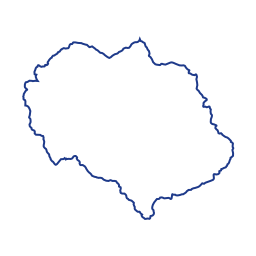 the district of Supatá, Cundinamarca, Colombia, rotated 4°
{"feature_id": "7082276B73232979228436", "entity_name": "Supatá", "entity_type": "district", "adm_level": 2, "iso_a3": "COL", "parent_name": "Colombia", "parent_adm1": "Cundinamarca", "projection": "mercator", "projection_center": [-74.247, 5.057], "detail": "fine", "context": "isolated", "style": "outline", "palette": "blue", "viewbox_px": 256, "rotation_deg": 4, "n_neighbors": 0, "source": "geoboundaries", "source_scale": "gbopen_adm2", "svg_char_len": 5769}
<svg xmlns="http://www.w3.org/2000/svg" viewBox="0 0 256 256"><g transform="rotate(4 128 128)"><path d="M58.8,169.6L59.7,168.9L63.3,163.8L65.7,163.5L66.3,163.1L66.9,162.5L67.2,162.8L67.5,162.9L67.5,163.1L67.8,163.4L68.0,163.3L68.2,163.6L68.5,163.3L68.3,163.2L68.5,163.0L68.8,163.3L70.9,162.9L73.1,162.9L74.5,162.2L75.7,160.2L76.6,159.7L77.8,159.6L79.2,160.8L79.3,161.1L79.0,162.1L79.8,163.3L81.7,164.5L82.1,165.1L82.3,165.8L82.2,166.8L82.8,168.0L83.3,168.3L85.4,168.1L87.6,169.3L88.7,170.6L89.1,171.4L90.8,173.7L92.3,175.1L93.4,175.8L94.6,176.9L95.3,178.0L95.9,178.3L98.0,179.0L99.7,179.2L100.6,179.6L101.3,179.6L102.1,179.8L103.4,179.6L104.5,179.6L105.7,179.9L107.3,181.2L109.9,182.1L112.2,182.2L114.0,181.3L114.5,181.3L116.2,181.9L118.5,181.7L119.9,182.0L121.1,183.6L121.6,183.8L122.6,184.8L123.1,185.7L123.1,187.0L124.8,187.7L125.0,188.8L124.6,191.1L125.0,192.0L125.0,192.7L125.4,193.3L126.7,193.8L129.1,193.7L130.3,194.6L130.9,195.4L131.4,197.4L131.9,198.2L133.1,198.8L133.8,199.6L136.6,200.2L138.9,202.0L139.1,202.3L138.9,203.7L139.6,205.3L140.2,206.2L140.3,208.0L140.7,208.8L142.5,210.2L143.4,210.8L144.1,210.9L145.2,210.7L145.6,210.9L146.5,212.3L148.1,213.3L147.7,213.9L147.7,214.5L148.7,215.9L150.1,216.6L150.9,217.3L151.3,217.5L152.1,217.4L154.1,216.9L155.7,217.1L156.1,216.8L156.4,216.3L156.6,214.3L157.0,214.1L157.9,213.9L158.6,213.6L159.3,212.8L159.8,211.8L159.8,210.6L159.4,209.7L159.2,208.3L159.0,208.0L158.2,207.4L157.9,206.8L157.7,206.1L157.8,204.5L158.2,202.8L159.3,200.4L161.7,196.9L163.8,196.6L164.4,196.1L164.9,195.2L166.1,194.9L167.3,195.0L168.9,195.6L169.4,195.6L173.1,194.9L173.5,194.9L174.5,195.2L175.3,195.8L175.9,195.7L176.2,195.5L176.4,195.0L176.7,191.4L176.9,191.0L178.4,191.4L179.6,191.2L180.7,191.8L182.3,191.8L184.5,191.2L186.6,190.3L187.5,190.3L189.1,189.2L190.5,188.0L191.1,186.9L191.9,186.4L192.6,185.6L195.2,185.3L195.9,184.4L197.4,183.6L198.9,183.2L201.9,182.0L202.6,181.6L203.6,180.8L205.4,178.7L205.8,178.1L206.2,178.0L207.4,178.3L207.8,178.3L209.0,177.2L214.2,174.9L216.4,173.8L217.0,173.0L217.2,172.1L216.7,169.2L216.7,168.6L217.0,168.1L217.7,168.0L219.4,168.2L221.0,167.8L221.6,167.4L222.4,166.3L222.1,165.3L222.1,164.7L223.8,163.8L224.0,162.4L224.9,162.2L226.2,161.3L228.3,160.4L228.9,159.2L229.5,158.7L229.7,157.3L230.6,156.6L231.2,155.5L231.9,152.7L232.5,151.5L232.3,150.9L232.4,150.5L233.5,149.7L234.7,148.4L234.6,145.8L233.7,142.7L233.8,142.2L234.4,141.2L234.3,140.4L233.7,139.6L233.7,138.9L233.6,137.7L233.8,136.4L233.2,135.4L231.6,134.7L231.5,133.6L229.0,131.4L227.7,130.6L225.8,130.1L224.7,129.5L222.5,128.1L222.2,127.5L221.1,126.7L220.0,127.2L218.7,126.9L218.2,125.5L217.6,124.2L217.4,123.9L216.4,123.3L215.2,122.0L215.2,120.8L215.5,120.2L216.1,119.6L215.9,119.2L213.3,118.3L212.0,118.2L211.4,117.9L210.4,117.1L210.1,116.2L210.1,113.3L210.8,111.0L210.9,109.8L210.6,108.9L209.8,108.2L209.6,107.8L209.2,105.7L209.3,103.7L208.5,102.8L208.0,101.3L207.8,101.0L207.3,100.9L205.9,101.6L204.9,101.8L203.7,101.3L201.9,101.6L201.7,101.5L201.5,101.1L201.5,100.3L201.8,99.5L201.6,98.0L201.8,97.4L202.9,96.0L204.4,94.8L204.6,94.4L204.5,93.8L204.0,93.3L202.3,92.5L200.9,92.3L200.7,92.1L200.1,90.8L199.6,90.0L197.3,88.0L196.0,86.1L194.6,85.1L193.7,84.0L194.0,81.5L194.2,80.5L193.7,77.7L192.8,74.5L193.2,72.5L193.2,71.9L192.6,70.3L192.3,69.9L191.9,69.8L191.6,69.9L190.9,70.6L189.1,70.5L187.9,70.2L186.5,69.3L184.9,69.1L184.7,68.8L184.7,67.6L185.2,66.4L185.1,66.1L183.8,65.6L182.8,64.9L181.4,63.5L180.7,62.3L180.1,61.9L178.9,61.6L177.3,61.9L175.0,61.9L171.5,60.8L169.0,59.9L167.9,59.6L166.8,59.5L165.7,59.8L161.0,62.1L159.3,62.0L157.5,61.6L156.7,61.7L155.8,62.8L155.3,63.0L152.1,62.8L150.8,62.5L148.5,60.6L147.1,57.8L145.5,55.7L144.0,54.8L143.8,54.3L144.3,52.4L143.6,49.9L142.1,48.3L141.1,46.3L140.0,45.5L139.1,43.4L138.8,42.3L138.0,41.8L136.8,41.3L136.0,40.7L134.5,40.3L133.6,38.5L133.2,40.1L131.7,41.5L130.7,41.8L129.3,41.9L128.2,42.3L126.6,43.4L125.8,44.1L125.2,45.1L124.8,46.1L123.6,47.8L123.1,48.0L121.7,48.2L120.3,48.0L119.0,48.6L117.9,49.2L117.0,50.9L115.1,52.2L113.8,52.7L112.7,54.0L112.1,54.5L109.6,55.4L107.4,57.0L106.0,58.5L104.5,59.4L103.8,59.2L102.5,58.6L99.8,56.9L98.5,55.8L96.9,55.0L95.2,54.9L94.8,54.7L92.2,52.6L90.6,52.0L89.9,51.3L86.5,49.1L84.2,50.0L83.8,50.0L81.2,47.9L80.0,47.8L76.5,47.0L75.8,46.6L72.1,46.6L69.8,46.3L67.7,46.4L67.4,46.5L67.0,47.0L66.9,47.4L66.5,48.0L66.2,48.2L64.9,48.3L64.2,48.9L64.0,49.4L63.4,51.7L62.9,52.5L60.2,53.1L58.4,52.8L56.6,53.8L56.4,54.2L55.7,54.5L54.5,56.5L53.8,56.8L53.4,57.3L52.9,57.3L52.5,57.9L52.4,58.5L51.4,59.4L50.7,59.7L49.5,60.8L48.2,61.1L47.3,62.2L47.0,63.2L46.1,63.7L45.2,64.8L44.3,66.1L43.9,67.1L43.4,67.7L43.3,68.4L43.8,69.4L43.2,70.5L42.8,70.4L42.0,71.0L41.4,70.8L41.0,70.9L40.7,72.0L40.4,72.4L38.6,72.6L37.4,73.0L36.3,72.7L34.7,71.7L34.2,71.6L33.9,71.7L33.6,72.2L33.4,73.2L32.5,73.7L31.8,74.8L31.5,76.3L30.8,78.3L30.8,79.0L31.1,80.9L31.4,81.1L32.3,81.1L32.9,81.2L32.4,82.7L32.4,83.4L33.5,85.9L34.7,87.4L32.1,87.4L29.7,87.9L29.1,87.7L26.4,87.7L24.6,89.0L22.8,89.6L22.4,90.5L22.1,91.7L22.2,94.0L22.4,94.6L23.6,95.9L24.6,96.5L24.7,96.8L24.4,97.2L23.6,97.8L23.1,98.5L21.7,101.3L21.6,102.9L21.3,103.9L21.7,105.0L21.7,106.3L22.1,106.9L23.2,107.3L23.8,108.4L24.0,112.7L25.2,112.8L26.7,113.5L27.2,113.9L28.3,115.5L29.4,117.9L29.1,122.3L28.6,124.1L28.7,124.5L29.9,125.7L30.2,126.8L30.4,128.7L30.3,129.3L29.8,130.7L29.5,131.2L29.8,132.8L30.0,133.2L30.8,134.0L31.7,134.7L32.0,135.9L32.3,136.3L34.8,137.2L35.3,138.2L35.3,140.0L36.6,141.1L40.9,141.0L42.3,141.8L43.9,142.0L44.5,143.6L44.4,145.1L44.8,145.8L45.4,147.5L45.3,149.6L45.1,150.9L45.2,152.3L45.4,152.7L46.5,153.9L47.6,154.6L48.0,155.2L48.7,157.3L49.4,158.2L51.1,159.8L51.6,161.8L52.9,163.8L53.1,164.8L54.4,166.2L55.0,166.7L55.6,166.9L57.4,169.1L58.3,169.7L58.8,169.6Z" fill="none" stroke="#1e3a8a" stroke-width="2"/></g></svg>